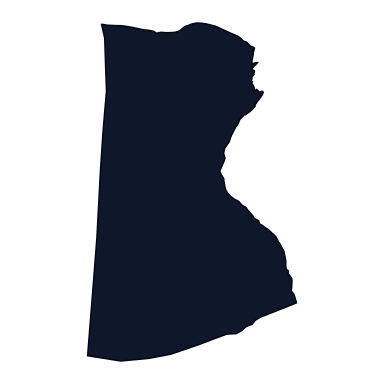 Ataqa, As Suways, Egypt
{"feature_id": "37247803B89602955599025", "entity_name": "Ataqa", "entity_type": "district", "adm_level": 2, "iso_a3": "EGY", "parent_name": "Egypt", "parent_adm1": "As Suways", "projection": "robinson", "projection_center": [32.387, 29.537], "detail": "fine", "context": "isolated", "style": "filled", "palette": "ink", "viewbox_px": 384, "rotation_deg": 0, "n_neighbors": 0, "source": "geoboundaries", "source_scale": "gbopen_adm2", "svg_char_len": 3658}
<svg xmlns="http://www.w3.org/2000/svg" viewBox="0 0 384 384"><path d="M257.4,62.8L255.6,62.7L252.9,63.6L251.9,63.7L252.0,59.7L252.3,58.9L253.1,55.2L253.4,52.1L254.5,48.1L252.9,47.1L250.3,45.9L248.2,43.9L246.4,42.0L243.4,41.1L240.8,38.5L238.0,36.3L233.1,34.2L229.1,32.5L226.0,31.0L221.8,29.1L217.6,27.1L214.3,25.8L210.2,24.9L205.4,23.7L201.0,23.2L196.5,23.0L191.1,24.2L188.7,25.3L186.6,25.9L184.4,26.8L182.5,28.5L180.3,30.3L178.4,31.4L175.0,32.3L171.1,32.6L165.9,32.7L161.0,32.3L156.6,33.2L153.3,31.2L148.8,30.3L143.7,29.8L138.3,28.7L132.4,27.4L128.3,26.7L125.0,26.2L121.1,25.7L116.1,25.6L111.2,25.4L107.1,25.2L103.5,24.5L101.6,24.4L102.1,26.6L104.7,38.0L105.5,63.1L106.0,76.7L106.5,91.1L104.5,114.0L104.1,119.2L103.9,121.5L103.7,123.6L103.0,132.5L100.4,171.6L98.4,209.7L96.9,237.9L92.8,290.6L87.6,355.7L120.8,361.0L148.6,358.4L170.9,354.2L199.9,344.2L214.1,338.8L226.7,334.1L235.5,333.7L236.3,333.6L238.5,332.4L242.1,330.4L244.3,328.2L245.8,326.7L252.3,324.1L255.4,320.2L260.4,317.2L296.4,302.9L295.8,300.2L295.4,299.6L294.8,296.8L293.8,294.2L293.2,293.4L292.4,292.2L291.7,291.8L291.4,291.0L291.3,290.0L291.4,289.3L291.6,288.0L291.8,284.0L292.0,281.4L291.8,278.8L290.8,277.1L290.3,276.5L289.5,275.3L288.3,274.0L288.2,272.5L288.2,270.9L287.0,269.8L286.2,269.1L285.8,266.5L285.7,265.0L285.8,263.5L285.8,262.9L285.8,261.0L285.1,257.2L284.4,253.9L283.9,251.2L282.9,249.4L281.8,247.5L280.3,244.6L279.0,242.5L278.2,241.8L277.6,240.0L276.7,238.6L275.8,236.5L272.2,233.3L270.6,231.8L268.5,229.7L264.5,227.1L261.4,224.8L260.0,224.4L258.7,221.6L258.8,220.9L258.2,220.5L257.3,220.1L255.2,218.9L254.9,218.7L254.2,218.3L253.7,217.4L253.2,216.5L252.5,215.4L252.0,215.0L251.1,213.9L249.2,211.6L247.9,210.3L246.9,208.8L246.5,208.2L246.2,207.8L245.2,206.9L243.4,206.0L241.4,204.5L238.8,201.6L236.6,200.2L235.0,199.7L230.5,196.3L228.2,193.8L227.0,192.2L226.1,190.6L225.5,189.1L225.2,188.3L225.2,188.2L224.8,186.2L224.6,185.1L224.5,184.7L224.4,184.1L224.4,183.9L224.3,183.3L224.1,182.2L224.0,181.9L224.0,181.7L223.9,181.5L223.9,181.4L223.8,180.1L223.8,179.2L223.7,178.6L223.3,177.8L223.2,177.8L223.0,177.4L222.4,176.4L222.3,176.2L222.2,176.1L221.9,175.7L221.6,175.4L221.2,174.9L221.1,174.6L220.9,174.0L220.7,173.5L220.5,173.1L220.4,172.9L220.2,172.3L219.8,170.9L220.5,169.4L220.7,168.8L221.3,167.5L221.4,167.3L221.5,167.0L222.2,165.5L222.4,165.0L222.8,163.9L223.3,162.8L223.6,162.1L223.8,161.6L224.2,160.6L224.3,160.3L224.5,159.7L224.7,159.1L225.0,158.2L224.8,157.6L224.4,155.8L223.6,153.1L224.4,149.6L224.6,148.3L224.7,148.2L225.5,147.1L226.2,146.0L228.1,143.3L229.2,141.7L229.5,140.9L229.6,140.6L229.9,139.7L230.4,138.1L231.1,136.2L231.5,135.1L231.7,134.8L231.8,134.6L232.3,133.7L233.1,132.0L233.9,130.4L234.1,130.0L234.3,129.7L234.4,129.4L234.7,128.9L235.2,127.9L235.3,127.9L235.4,127.6L235.6,127.2L235.8,126.8L236.0,126.7L236.5,126.1L236.7,125.7L236.8,125.6L237.5,124.6L237.9,123.8L238.2,123.5L238.3,123.2L238.5,122.7L239.1,121.1L239.7,119.7L239.8,119.5L239.9,119.3L240.3,118.8L240.8,118.3L241.1,118.1L241.6,117.5L242.2,117.0L242.7,116.5L243.1,116.1L243.5,115.8L243.5,115.7L243.9,115.2L244.2,114.9L244.4,114.8L244.5,114.7L245.3,114.8L249.8,111.6L252.4,109.3L255.1,106.1L255.1,104.8L257.0,102.0L261.1,96.5L262.7,94.1L262.9,93.2L263.1,92.2L262.8,91.6L261.9,91.3L260.7,91.5L258.2,92.7L257.8,91.9L258.4,91.4L258.0,90.8L257.4,90.1L256.6,89.5L255.7,90.4L254.4,91.5L253.9,91.0L254.0,90.2L254.5,89.4L254.5,89.1L254.5,88.6L254.0,87.3L252.9,84.8L252.1,83.8L251.2,84.2L251.4,83.4L252.2,81.8L251.1,81.8L251.4,81.2L252.1,76.8L254.0,74.5L253.9,72.8L254.5,71.9L254.2,70.6L253.7,70.5L253.2,70.1L251.7,68.7L253.0,67.4L257.4,62.8Z" fill="#0f172a" stroke="#020617" stroke-width="1.5"/></svg>